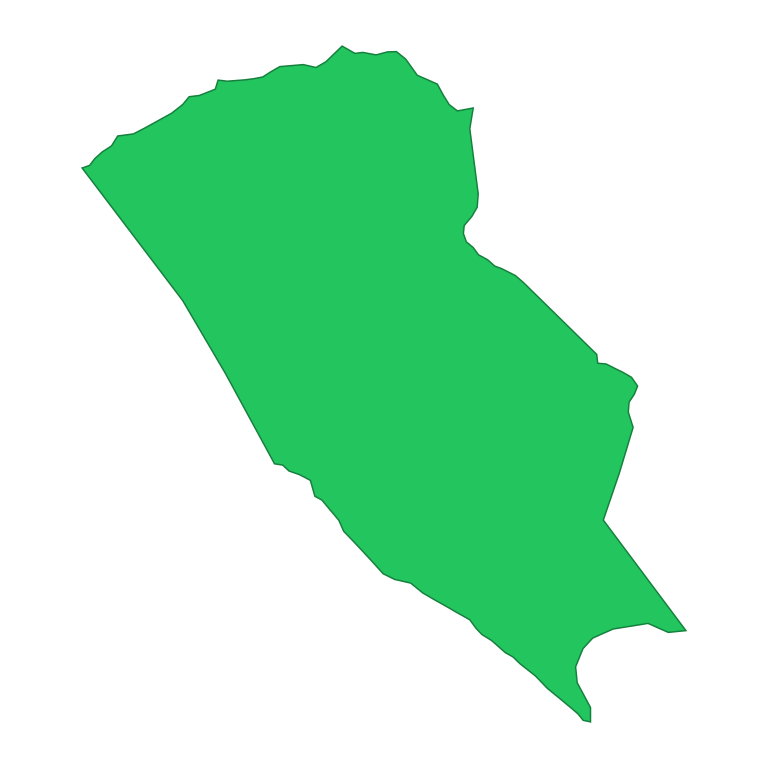 Congo, Paraíba, Brazil (Albers equal-area conic projection)
{"feature_id": "56859067B42769683705793", "entity_name": "Congo", "entity_type": "district", "adm_level": 2, "iso_a3": "BRA", "parent_name": "Brazil", "parent_adm1": "Paraíba", "projection": "albers", "projection_center": [-36.637, -7.809], "detail": "fine", "context": "isolated", "style": "filled", "palette": "green", "viewbox_px": 768, "rotation_deg": 0, "n_neighbors": 0, "source": "geoboundaries", "source_scale": "gbopen_adm2", "svg_char_len": 1459}
<svg xmlns="http://www.w3.org/2000/svg" viewBox="0 0 768 768"><path d="M583.1,720.3L590.5,721.9L590.5,707.5L577.2,682.7L575.6,666.8L583.0,648.6L592.6,638.2L600.0,634.8L613.2,629.0L648.0,623.4L668.3,632.4L685.9,630.6L603.3,520.1L619.4,472.9L633.1,427.4L628.3,412.1L629.1,402.1L634.4,394.1L637.6,386.1L631.5,377.3L622.3,372.0L615.4,368.7L606.2,364.0L597.7,363.2L596.7,354.4L523.6,282.7L515.4,275.6L502.2,268.9L494.6,266.0L487.7,259.8L478.5,254.8L473.2,247.6L466.3,241.8L463.4,233.5L464.2,225.5L471.9,216.4L477.2,207.2L478.2,193.8L469.8,128.8L473.2,108.0L457.4,110.9L449.2,104.6L443.4,95.3L437.3,84.1L428.1,80.0L417.3,75.3L412.0,67.9L405.7,59.1L396.4,51.6L387.5,51.9L376.1,54.9L362.7,52.4L355.0,53.4L342.1,46.1L326.0,61.7L316.0,67.5L303.3,64.6L288.0,65.9L279.8,66.6L271.1,71.6L262.7,77.0L253.3,78.8L244.2,79.9L227.2,81.2L218.1,80.1L215.3,89.2L199.2,95.5L189.2,96.7L182.6,104.6L171.8,113.1L144.1,128.4L133.4,133.9L117.7,136.0L111.5,145.9L102.4,151.8L95.0,158.4L89.6,165.4L82.1,168.0L182.7,300.6L225.5,373.6L269.5,454.5L274.5,463.8L282.7,465.1L289.0,471.0L299.6,474.7L310.4,480.4L314.9,496.3L321.8,500.0L338.9,520.4L343.7,531.3L352.1,540.0L361.9,550.4L372.4,561.8L383.2,573.8L394.6,579.4L410.7,583.1L422.8,593.0L435.2,600.2L444.7,605.5L456.6,612.4L469.8,619.8L476.1,628.4L481.9,634.5L491.7,640.6L505.4,652.7L512.9,656.9L520.3,664.0L535.6,676.1L547.6,688.6L557.9,697.0L571.5,708.3L578.1,714.0L583.1,720.3Z" fill="#22c55e" stroke="#15803d" stroke-width="1.5"/></svg>